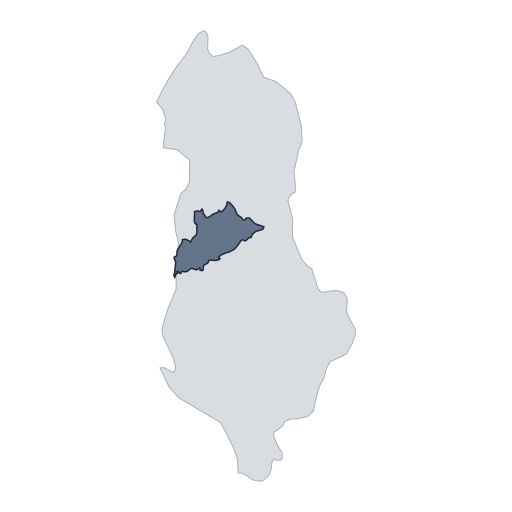 Tiranë highlighted on a map of Albania
{"feature_id": "ALB-1529", "entity_name": "Tiranë", "entity_type": "County", "adm_level": 1, "iso_a3": "ALB", "parent_name": "Albania", "parent_adm1": "", "projection": "albers", "projection_center": [19.744, 41.26], "detail": "fine", "context": "in_parent", "style": "filled", "palette": "slate", "viewbox_px": 512, "rotation_deg": 0, "n_neighbors": 0, "source": "natural_earth", "source_scale": "10m", "svg_char_len": 3748}
<svg xmlns="http://www.w3.org/2000/svg" viewBox="0 0 512 512"><path d="M163.3,147.8L163.7,140.4L165.5,128.5L164.5,124.5L165.6,117.7L162.2,108.7L156.6,102.1L162.1,90.6L170.0,76.7L177.3,65.7L186.2,54.2L192.1,43.1L198.4,33.6L203.8,30.7L206.5,32.7L208.0,36.9L207.6,49.2L209.5,53.4L213.2,56.6L221.2,55.0L230.0,52.0L241.8,45.4L243.8,45.8L248.2,49.2L257.4,64.0L263.6,77.1L275.6,81.5L282.3,86.6L291.0,94.3L295.2,102.0L301.3,125.8L302.1,140.2L300.5,146.8L299.0,148.5L293.9,172.0L295.3,184.0L295.3,191.9L290.7,195.0L287.7,200.0L292.8,219.5L292.3,227.8L292.6,237.4L301.7,259.1L307.1,265.8L311.8,268.9L318.1,288.9L321.7,292.4L336.4,290.3L343.7,292.4L346.6,297.1L347.3,300.4L346.5,311.6L350.3,320.2L355.3,329.1L355.4,334.5L352.2,343.4L346.4,353.9L338.6,358.0L330.0,361.5L326.0,369.6L324.0,378.2L320.2,384.6L317.8,391.6L314.3,405.9L313.5,411.1L307.7,416.3L298.6,418.6L290.4,419.1L284.9,421.5L282.1,426.4L276.9,430.4L273.8,432.2L273.8,436.5L277.7,445.5L282.1,452.8L282.2,458.7L280.1,460.4L273.4,459.7L272.0,461.9L271.3,468.4L269.5,474.1L266.8,477.5L262.0,481.3L253.2,480.1L244.9,474.5L240.6,472.8L238.1,473.0L237.4,459.2L233.9,448.5L220.8,422.7L178.5,397.6L168.6,386.3L164.3,376.9L160.0,367.9L164.2,367.7L168.3,369.9L173.5,372.7L175.7,368.2L173.4,358.4L162.7,335.6L161.9,329.3L167.3,310.2L176.2,288.8L175.7,262.7L178.5,243.1L175.5,230.4L174.1,214.8L180.6,194.0L186.0,188.9L189.4,182.3L189.6,160.2L177.4,149.8L163.3,147.8Z" fill="#d9dde1" stroke="#a8b0b8" stroke-width="1"/><path d="M174.7,277.3L173.9,275.6L174.0,274.8L174.4,274.1L175.7,262.7L175.1,260.2L174.5,259.2L174.0,258.0L174.1,257.1L176.6,255.9L177.0,254.2L177.0,252.2L177.2,250.5L181.8,243.0L182.6,240.1L182.5,239.5L185.4,239.2L188.5,240.5L190.6,242.0L192.8,237.9L195.8,235.3L196.5,234.2L196.8,232.5L196.9,230.8L196.8,228.9L197.0,226.3L197.0,225.2L196.8,224.5L195.7,224.0L195.1,223.4L194.4,221.9L194.3,220.1L194.6,211.6L197.5,210.9L199.8,211.5L200.5,211.2L201.0,210.5L201.4,209.7L202.0,209.0L202.4,209.3L202.7,210.2L203.1,212.7L203.3,213.4L203.7,214.1L204.2,214.6L204.5,214.9L204.8,215.3L205.1,216.1L205.5,217.0L206.2,217.4L207.6,217.5L208.5,217.2L209.7,216.6L213.0,214.2L217.7,212.3L218.2,212.0L218.5,211.4L218.6,210.8L218.8,210.3L219.3,210.6L220.4,211.5L221.3,211.6L222.3,211.2L224.2,209.3L225.1,208.1L226.6,205.3L226.9,204.5L227.0,203.6L227.2,202.0L228.5,202.1L229.4,202.6L230.7,203.7L232.9,206.2L235.3,209.7L235.6,210.7L235.7,211.4L235.9,211.8L236.5,212.7L236.7,213.2L236.9,213.8L237.2,214.4L239.3,216.2L241.2,217.3L242.0,218.2L243.0,219.9L243.7,220.2L244.5,220.1L245.7,218.9L246.3,218.0L249.5,218.0L253.8,222.6L255.3,223.8L263.9,226.8L263.2,228.5L263.0,229.0L262.4,229.5L256.4,231.2L255.2,231.8L252.7,233.9L250.9,237.6L249.0,237.7L248.3,238.3L246.5,240.1L245.9,240.6L245.1,240.8L244.2,240.6L243.4,240.2L242.9,239.8L242.2,239.8L241.3,240.4L239.7,242.4L238.3,244.7L234.9,248.7L234.1,249.4L229.1,252.0L226.6,252.6L221.2,254.8L218.5,257.2L218.6,257.6L218.9,258.0L219.6,258.2L220.0,258.5L219.9,258.8L219.4,259.4L217.9,260.0L215.7,260.5L212.2,260.2L208.6,260.4L208.3,262.0L208.0,262.7L207.3,263.4L204.6,264.7L203.7,265.6L203.3,267.2L203.2,268.3L203.2,269.7L202.8,270.3L202.4,270.7L200.0,270.2L200.3,269.1L200.3,268.8L200.3,268.5L200.1,268.3L199.9,268.2L199.6,268.2L199.0,268.4L197.0,269.6L196.4,269.9L195.8,269.7L195.6,269.5L195.3,269.3L194.2,269.3L194.0,269.2L193.9,269.0L192.9,268.8L192.1,268.4L191.7,268.3L190.8,268.7L189.7,269.4L187.7,271.0L186.8,271.6L185.7,271.7L183.9,271.7L183.4,271.5L182.9,271.3L182.4,271.4L181.8,271.7L181.2,272.8L180.8,273.3L180.3,273.5L179.6,273.2L178.7,271.9L178.3,271.5L177.9,271.5L177.3,271.6L177.1,271.6L177.4,272.4L177.6,272.9L177.5,273.4L176.9,273.7L176.5,273.6L176.2,273.9L176.0,274.1L174.7,277.3L174.7,277.3Z" fill="#64748b" stroke="#1e293b" stroke-width="1.5"/></svg>